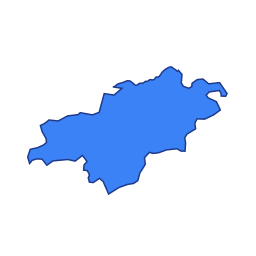 outline of Toktogul, Jalal-Abad, Kyrgyzstan, rotated 326°
{"feature_id": "92254566B9187696742897", "entity_name": "Toktogul", "entity_type": "district", "adm_level": 2, "iso_a3": "KGZ", "parent_name": "Kyrgyzstan", "parent_adm1": "Jalal-Abad", "projection": "albers", "projection_center": [73.19, 41.788], "detail": "fine", "context": "isolated", "style": "filled", "palette": "blue", "viewbox_px": 256, "rotation_deg": 326, "n_neighbors": 0, "source": "geoboundaries", "source_scale": "gbopen_adm2", "svg_char_len": 1779}
<svg xmlns="http://www.w3.org/2000/svg" viewBox="0 0 256 256"><g transform="rotate(326 128 128)"><path d="M138.4,85.4L140.3,87.2L145.2,91.7L134.9,92.9L127.5,86.2L112.8,98.9L105.8,97.2L97.0,88.6L94.1,89.0L84.7,84.2L74.0,83.1L67.0,77.2L60.9,77.6L56.8,76.9L54.8,82.9L54.2,90.9L52.2,94.5L48.4,94.8L42.1,93.8L35.0,91.0L28.6,96.0L26.6,102.4L30.5,101.2L34.9,102.5L39.4,105.8L39.9,113.5L47.4,113.3L60.4,120.4L65.7,125.9L74.9,125.3L75.3,132.8L71.0,134.0L67.6,138.1L70.4,140.5L69.9,145.2L67.2,147.1L65.7,151.3L68.7,153.8L76.2,153.8L77.5,158.4L75.0,171.9L87.0,172.2L96.3,174.6L101.6,177.1L106.7,177.1L112.7,171.9L118.9,169.2L119.6,168.9L119.8,168.8L122.1,167.7L125.0,161.9L132.1,160.1L134.3,162.9L139.4,165.6L147.7,167.7L157.0,172.6L159.0,176.7L162.3,179.1L167.4,172.6L169.5,167.9L173.6,166.0L183.6,166.5L186.0,161.5L190.3,159.0L196.5,163.5L206.2,165.0L214.6,164.7L216.0,155.6L211.3,147.8L211.2,144.5L215.4,143.5L224.7,148.0L224.5,151.5L223.1,153.6L226.7,156.3L229.4,154.8L229.3,141.6L219.6,136.5L217.5,129.3L212.5,126.6L206.2,126.7L203.9,129.4L200.6,129.0L197.2,124.4L197.4,120.4L202.7,113.8L202.1,108.4L200.9,108.7L200.4,108.1L200.1,106.4L199.5,105.1L198.9,104.1L198.7,102.6L197.8,101.5L197.1,100.9L196.1,100.6L194.5,100.4L191.9,100.3L190.3,100.4L188.5,100.7L187.0,101.0L185.2,101.8L182.8,102.7L181.3,102.4L179.8,101.5L179.0,101.6L177.3,102.4L176.3,102.3L175.1,101.8L173.8,100.5L172.9,100.2L171.9,100.1L170.8,100.3L169.8,100.0L168.7,99.1L167.7,99.1L166.6,99.3L165.4,99.0L164.3,98.4L162.7,97.5L162.4,97.4L161.6,97.3L160.9,97.6L159.7,97.6L159.0,97.3L158.3,96.8L157.9,96.2L157.7,95.8L157.5,94.7L156.9,92.8L156.2,90.5L155.5,89.7L154.9,89.2L153.8,88.4L151.2,87.8L149.1,87.4L144.7,85.9L143.1,85.8L140.6,86.1L139.2,85.9L138.4,85.4Z" fill="#3b82f6" stroke="#1e3a8a" stroke-width="1.5"/></g></svg>